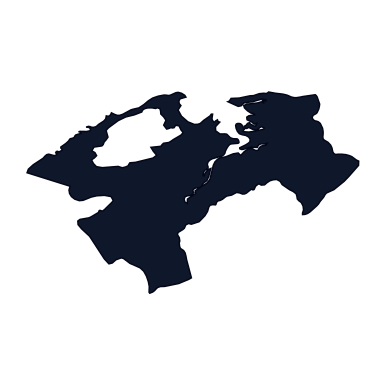 the Province of Darién, rotated 92°
{"feature_id": "PAN-1418", "entity_name": "Darién", "entity_type": "Province", "adm_level": 1, "iso_a3": "PAN", "parent_name": "Panama", "parent_adm1": "", "projection": "robinson", "projection_center": [-78.04, 8.154], "detail": "fine", "context": "isolated", "style": "filled", "palette": "ink", "viewbox_px": 384, "rotation_deg": 92, "n_neighbors": 0, "source": "natural_earth", "source_scale": "10m", "svg_char_len": 6064}
<svg xmlns="http://www.w3.org/2000/svg" viewBox="0 0 384 384"><g transform="rotate(92 192 192)"><path d="M277.8,189.6L279.3,192.0L283.9,202.0L287.3,216.0L287.6,220.4L288.6,223.0L290.2,224.6L291.9,226.0L293.4,227.9L294.6,230.7L293.7,231.4L287.9,231.4L283.1,232.5L277.8,234.5L272.9,237.4L269.6,241.2L265.5,251.5L260.8,258.2L260.3,260.4L262.4,265.7L265.7,269.1L266.7,272.5L262.0,277.2L239.8,292.8L232.6,301.1L228.6,304.7L225.0,305.1L223.3,303.0L221.4,294.0L220.2,291.7L215.8,284.9L215.4,284.6L214.0,284.2L213.6,283.7L213.6,283.1L214.3,281.0L212.8,279.0L204.8,271.4L203.2,270.4L199.4,272.7L198.4,279.4L199.1,287.0L200.6,292.6L204.1,300.5L204.6,304.3L203.2,309.0L200.8,312.3L197.8,314.3L194.3,315.0L190.5,314.0L178.5,357.5L174.9,356.3L170.3,351.6L163.5,342.0L161.0,339.9L159.7,338.4L159.2,336.4L160.5,330.8L159.7,329.0L158.8,328.2L157.6,329.6L156.3,329.0L156.0,327.9L156.3,327.0L157.0,327.0L155.1,323.8L154.1,323.1L152.6,324.6L151.6,324.6L147.8,319.6L145.3,317.1L143.4,316.0L142.9,315.2L142.5,313.5L141.7,311.7L140.1,311.0L139.1,310.2L138.4,308.4L137.3,304.8L136.4,304.8L135.7,307.5L135.3,305.7L135.2,299.4L134.4,296.2L132.7,295.5L131.2,296.9L130.8,300.1L130.0,297.7L130.2,296.1L130.8,294.5L130.8,292.5L130.2,290.6L129.6,289.6L127.7,287.7L124.3,282.8L122.0,280.8L118.9,280.3L119.3,278.4L118.6,276.9L117.3,275.9L115.7,275.3L117.2,271.9L118.0,269.4L117.9,267.0L116.8,264.0L112.0,255.8L111.3,253.7L109.8,248.0L106.3,243.1L102.4,238.8L99.5,234.6L97.4,229.1L96.1,223.3L96.1,221.2L96.4,219.1L96.1,217.3L93.3,211.5L92.9,209.3L93.7,205.9L95.6,202.6L97.4,201.4L99.3,207.2L101.6,208.3L104.1,207.9L106.0,206.1L110.5,208.8L116.6,205.2L122.0,198.6L124.4,192.0L124.1,188.4L123.2,186.1L120.0,182.8L115.4,176.7L113.5,175.4L113.5,174.1L117.8,174.6L119.2,174.3L121.2,172.9L121.2,171.6L120.3,171.1L119.0,169.1L120.6,168.5L121.2,166.7L125.4,170.4L126.8,170.8L130.4,170.4L130.6,169.6L133.0,166.1L132.8,161.2L133.0,159.3L136.4,155.6L137.0,153.9L137.3,152.4L137.3,148.8L138.0,147.8L139.5,147.0L141.0,146.8L141.7,147.6L142.5,154.1L142.9,155.6L144.4,157.1L147.0,158.7L149.9,160.0L152.1,160.5L153.9,161.7L155.3,164.4L158.1,173.0L159.6,175.4L161.6,177.1L164.0,177.7L166.4,176.8L168.1,176.9L169.4,179.5L170.5,180.4L171.9,181.2L173.2,181.4L175.4,181.4L175.4,180.3L173.0,179.7L170.8,178.3L169.0,176.3L167.9,174.1L175.9,175.8L180.1,177.5L182.8,181.0L186.6,183.3L187.4,184.6L187.6,187.2L188.1,189.1L189.1,190.4L190.7,191.4L192.4,190.3L194.1,191.4L195.5,193.8L196.1,196.9L197.2,198.9L199.6,199.6L202.2,198.8L203.7,196.3L199.2,196.3L193.4,188.4L190.7,188.9L182.5,177.3L180.9,176.0L178.6,174.5L164.5,171.6L161.1,170.1L158.3,167.5L156.5,164.0L155.8,159.9L152.4,152.1L151.4,147.2L153.8,144.6L150.2,141.5L148.4,139.4L147.1,137.1L146.4,134.1L146.9,132.4L147.7,131.2L148.3,129.7L148.0,127.4L147.1,126.9L145.7,126.5L143.9,124.8L143.2,122.8L143.0,121.0L142.5,119.6L140.7,118.6L141.3,120.3L141.5,124.8L142.3,126.6L144.4,128.1L145.2,128.3L145.1,134.8L145.4,136.3L147.6,142.2L147.8,144.1L147.1,145.8L146.1,145.8L143.1,140.1L141.2,137.3L139.6,135.8L137.1,135.8L135.0,137.4L133.6,140.2L133.0,143.9L132.1,146.7L129.7,148.8L126.7,150.2L123.9,150.7L122.5,150.1L121.9,148.7L121.9,147.1L122.2,145.8L123.1,144.6L127.7,142.0L128.7,142.9L129.9,143.3L130.1,137.4L129.2,131.9L126.6,122.2L125.4,122.2L124.3,124.8L125.1,126.4L126.6,127.8L127.7,129.7L127.5,132.9L125.5,137.6L126.6,139.5L126.6,140.9L124.4,142.0L123.7,140.5L121.8,139.1L121.2,138.4L120.7,136.8L121.6,136.7L123.9,132.4L123.7,130.7L121.2,129.7L122.0,131.9L121.6,133.0L120.8,133.6L120.0,134.6L117.9,139.5L115.3,139.9L113.9,138.0L112.5,132.2L111.3,133.5L111.1,135.8L108.9,139.4L106.1,142.5L103.8,143.3L102.3,140.3L100.7,129.6L99.5,126.0L100.5,123.5L99.5,123.5L99.5,124.8L98.3,124.8L98.3,121.1L97.3,121.1L96.7,125.5L99.6,134.4L101.1,143.1L104.1,145.8L104.8,148.8L100.5,159.3L99.8,157.8L97.1,156.2L96.5,148.2L93.9,137.7L93.5,133.8L91.4,128.2L90.8,123.7L91.0,121.4L90.5,120.1L89.4,118.9L90.4,112.1L91.0,104.8L91.5,102.1L92.0,100.0L93.6,96.0L94.1,93.3L94.1,91.1L93.3,86.8L92.8,85.0L90.5,72.2L91.3,71.2L92.5,70.3L99.7,67.5L101.9,67.7L104.6,68.2L108.4,69.8L109.4,70.8L111.0,73.5L113.0,74.5L114.5,74.1L116.0,72.8L116.7,71.3L116.9,69.8L117.5,68.1L119.0,66.2L123.6,63.8L126.9,63.1L129.5,63.0L132.5,63.2L134.3,62.8L135.5,61.7L137.6,57.8L140.3,55.1L143.0,53.7L147.0,52.7L148.7,51.5L149.5,49.8L149.1,47.1L149.0,43.9L149.3,39.5L150.1,36.1L151.1,33.5L154.4,28.7L155.3,26.5L159.6,26.5L171.2,36.0L176.0,40.3L184.7,50.3L188.3,57.6L189.9,58.9L192.6,60.3L197.0,63.7L199.4,65.1L201.3,66.7L207.6,73.2L209.4,75.7L210.4,78.2L210.7,80.7L209.3,80.8L205.9,79.9L202.1,80.5L198.6,82.5L197.1,84.8L195.3,86.5L192.7,87.0L190.2,87.8L188.0,90.8L186.2,94.7L181.4,102.2L178.3,104.2L176.5,107.8L177.0,111.5L178.1,114.6L180.1,117.4L182.3,119.7L182.7,123.0L181.6,125.1L181.7,125.8L182.1,126.5L184.0,128.7L187.3,130.0L187.8,131.2L187.3,132.0L187.3,133.0L191.3,137.7L192.1,139.4L192.3,141.4L191.2,144.6L190.9,147.5L193.7,152.3L194.8,157.0L195.8,158.5L198.2,161.3L199.6,163.9L199.6,164.9L200.6,166.5L202.2,167.4L203.1,167.5L204.0,168.0L203.9,170.8L204.5,173.3L206.2,174.6L210.9,175.8L215.3,178.3L221.4,183.8L224.2,191.5L223.6,194.4L225.2,197.2L228.4,198.3L229.9,199.9L232.9,204.5L235.1,205.1L238.1,203.1L241.4,202.5L243.4,203.0L247.1,202.4L248.8,201.6L250.9,198.3L253.1,196.8L256.4,195.8L259.7,195.1L277.8,189.6ZM148.8,234.6L147.4,224.7L145.9,223.7L144.3,222.2L143.3,216.8L141.8,214.5L140.3,212.6L135.5,205.0L132.9,202.9L130.3,205.2L126.3,207.3L125.9,210.7L128.3,212.1L128.7,213.6L128.4,215.3L129.4,217.5L130.0,219.5L126.2,222.6L121.2,220.5L117.9,222.9L115.1,225.9L112.3,226.2L109.8,227.0L109.0,229.6L109.8,231.3L109.3,234.9L109.5,239.1L110.1,241.4L111.1,243.5L112.7,244.6L113.8,245.0L116.9,252.3L119.3,260.8L123.2,268.2L130.8,277.8L133.5,280.0L140.1,277.9L142.8,279.6L145.2,281.6L147.7,282.4L149.1,283.7L150.5,291.5L154.3,293.6L156.0,290.4L159.0,288.6L161.3,290.7L163.4,293.5L167.0,291.5L170.0,288.4L170.8,282.5L169.0,266.7L170.2,262.6L169.4,259.5L168.1,256.8L166.6,256.1L165.0,255.1L164.3,249.4L159.4,232.1L156.5,228.6L152.6,232.1L148.8,234.6Z" fill="#0f172a" stroke="#020617" stroke-width="1.5"/></g></svg>